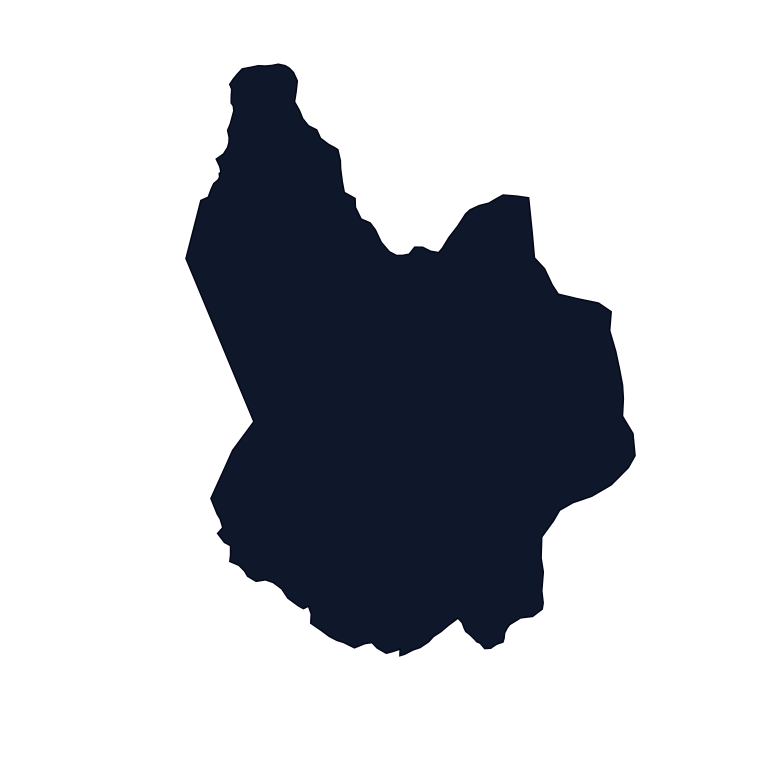 Ulu Selangor, Selangor, Malaysia (orthographic projection), rotated 23°
{"feature_id": "92858781B525446054982", "entity_name": "Ulu Selangor", "entity_type": "district", "adm_level": 2, "iso_a3": "MYS", "parent_name": "Malaysia", "parent_adm1": "Selangor", "projection": "orthographic", "projection_center": [101.562, 3.564], "detail": "fine", "context": "isolated", "style": "filled", "palette": "ink", "viewbox_px": 768, "rotation_deg": 23, "n_neighbors": 0, "source": "geoboundaries", "source_scale": "gbopen_adm2", "svg_char_len": 2222}
<svg xmlns="http://www.w3.org/2000/svg" viewBox="0 0 768 768"><g transform="rotate(23 384 384)"><path d="M141.7,242.5L147.3,247.5L149.0,249.5L151.1,252.8L150.1,254.5L151.8,257.8L151.6,260.8L150.6,262.9L149.0,265.9L148.8,271.7L149.2,280.7L143.7,286.6L152.7,345.9L278.9,469.5L270.6,504.2L269.4,557.0L281.2,568.8L286.1,572.4L291.7,579.2L289.2,586.6L299.1,592.2L305.9,592.8L309.6,601.4L311.4,607.6L321.3,607.6L328.6,610.6L333.6,614.3L343.4,615.6L351.4,610.6L359.4,610.0L369.9,612.5L379.2,618.7L392.1,621.7L397.6,622.3L401.3,618.0L406.9,624.2L410.0,632.8L422.3,635.3L432.1,637.7L440.8,638.4L447.5,637.7L459.9,638.4L467.9,630.4L474.0,626.7L480.8,629.7L491.3,631.0L496.8,626.7L502.4,621.7L504.8,627.9L508.5,624.8L514.7,617.4L520.2,612.5L525.8,603.9L528.2,597.1L533.2,589.7L537.5,581.1L543.6,570.6L549.3,573.2L553.3,577.5L556.0,579.9L560.8,581.1L566.7,583.4L570.2,585.0L573.8,585.0L580.1,588.2L585.1,585.7L585.6,585.4L586.8,583.4L589.1,579.9L591.1,577.9L594.3,575.2L593.9,571.2L592.3,566.1L592.7,560.6L593.6,556.5L601.1,545.9L611.6,539.9L617.6,529.4L616.1,523.4L610.1,512.8L604.1,494.8L596.6,482.8L589.0,463.2L593.5,443.7L595.0,431.6L604.1,419.6L619.1,406.1L632.6,388.0L641.6,365.5L643.1,351.9L634.4,335.8L632.6,332.4L616.1,320.4L610.0,303.8L604.0,291.8L595.0,278.3L584.5,263.3L570.9,246.7L564.9,228.7L549.9,225.7L527.3,230.2L509.3,233.2L500.3,227.2L486.8,215.2L473.2,209.1L461.2,186.6L444.4,156.1L432.7,159.2L419.8,163.5L414.9,169.7L409.9,176.5L401.9,182.6L395.2,190.0L392.7,195.5L390.2,209.7L386.5,223.9L384.7,236.2L382.9,241.7L374.9,243.6L366.2,243.0L358.8,246.0L356.4,254.7L350.8,258.4L345.3,260.8L337.3,260.2L326.2,254.7L315.7,245.4L308.3,241.1L298.5,241.1L288.6,232.5L284.9,224.5L280.0,223.9L272.6,223.2L266.5,214.0L259.7,202.3L256.6,195.5L249.9,186.3L246.2,185.7L239.4,185.1L229.5,182.6L222.8,176.4L213.5,175.8L205.5,171.5L199.4,165.4L191.4,159.2L188.9,149.3L185.8,138.9L179.1,132.7L173.5,130.3L168.6,129.6L161.8,130.9L156.3,134.6L150.7,137.6L144.0,140.1L137.8,144.4L130.4,149.3L127.9,156.1L126.1,162.3L124.9,168.4L128.6,172.1L131.0,178.9L133.5,185.0L136.6,186.9L139.0,191.2L140.9,204.8L140.9,211.5L145.2,217.7L147.0,222.6L147.6,227.5L146.4,234.9L141.7,242.5Z" fill="#0f172a" stroke="#020617" stroke-width="1.5"/></g></svg>